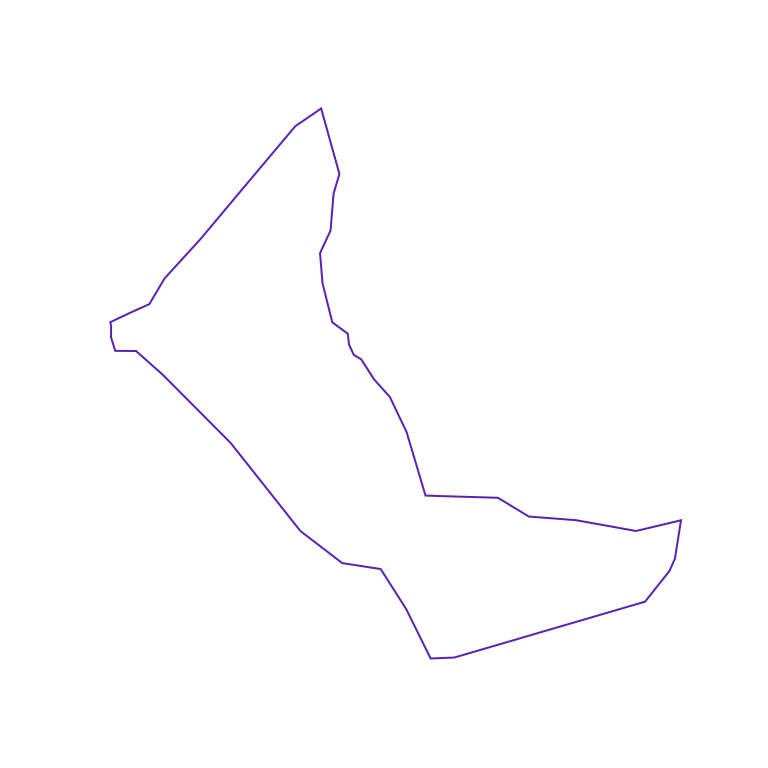 map outline of Koubia (orthographic projection), rotated 75°
{"feature_id": "GIN-5645", "entity_name": "Koubia", "entity_type": "Prefecture", "adm_level": 1, "iso_a3": "GIN", "parent_name": "Guinea", "parent_adm1": "", "projection": "orthographic", "projection_center": [-11.818, 11.71], "detail": "fine", "context": "isolated", "style": "outline", "palette": "violet", "viewbox_px": 768, "rotation_deg": 75, "n_neighbors": 0, "source": "natural_earth", "source_scale": "10m", "svg_char_len": 693}
<svg xmlns="http://www.w3.org/2000/svg" viewBox="0 0 768 768"><g transform="rotate(75 384 384)"><path d="M592.5,132.4L628.0,148.2L638.4,156.6L661.8,188.1L666.4,386.9L661.2,410.0L607.2,420.8L561.9,435.1L546.2,470.7L504.4,502.8L401.4,547.3L317.7,595.4L288.0,614.9L282.4,635.0L268.2,635.6L257.2,632.5L253.4,632.4L249.6,611.4L246.1,590.0L225.2,568.6L196.6,523.9L146.8,452.8L112.0,402.9L101.6,373.4L169.6,372.7L187.0,383.4L221.9,395.9L241.0,411.9L270.7,417.3L311.0,418.0L326.0,406.0L337.0,407.6L348.2,405.6L354.3,399.6L377.0,392.4L398.0,381.7L436.3,374.6L502.5,372.8L509.5,349.7L523.4,303.4L549.5,278.4L565.2,233.9L591.2,178.7L592.5,132.4Z" fill="none" stroke="#5b21b6" stroke-width="2"/></g></svg>